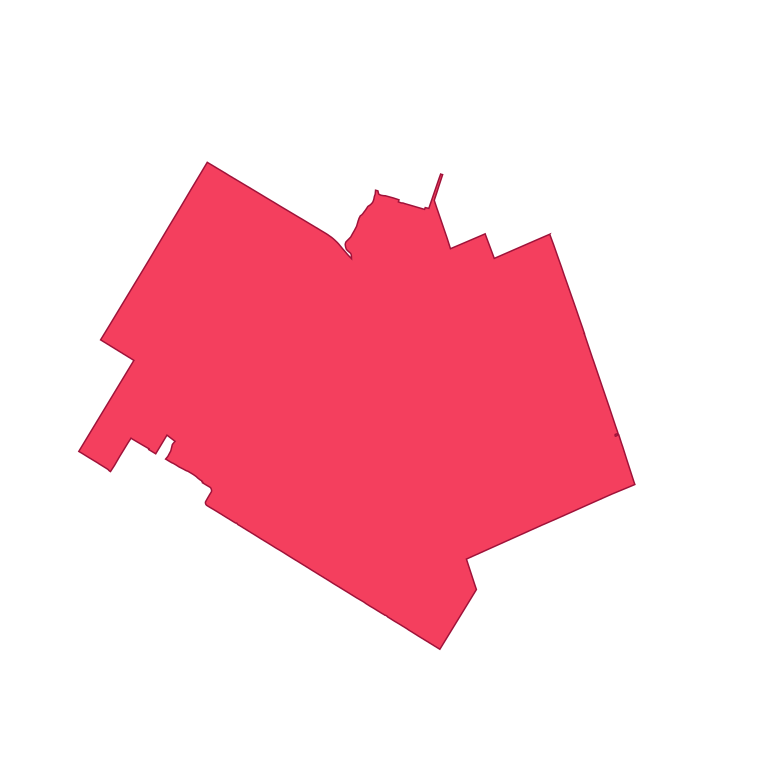 Scanteia, Ialomita, Romania (Natural Earth projection), rotated 120°
{"feature_id": "2599482B4025904881025", "entity_name": "Scanteia", "entity_type": "district", "adm_level": 2, "iso_a3": "ROU", "parent_name": "Romania", "parent_adm1": "Ialomita", "projection": "natural_earth1", "projection_center": [27.447, 44.74], "detail": "fine", "context": "isolated", "style": "filled", "palette": "rose", "viewbox_px": 768, "rotation_deg": 120, "n_neighbors": 0, "source": "geoboundaries", "source_scale": "gbopen_adm2", "svg_char_len": 4587}
<svg xmlns="http://www.w3.org/2000/svg" viewBox="0 0 768 768"><g transform="rotate(120 384 384)"><path d="M487.5,651.5L487.5,651.3L487.5,650.6L487.6,647.2L488.6,612.4L559.8,613.9L593.8,614.6L595.0,614.6L595.0,614.2L595.0,613.4L595.0,612.7L595.0,611.4L595.1,608.4L595.3,602.2L595.3,601.5L595.5,592.2L595.6,591.3L595.9,581.7L596.0,580.2L596.5,578.7L596.6,577.6L596.6,577.1L589.2,576.7L579.1,576.7L572.0,576.5L563.5,576.3L557.4,576.0L557.5,575.2L557.6,562.3L557.6,557.0L557.6,555.0L558.4,555.0L558.6,546.8L536.8,546.4L538.1,536.3L541.1,536.9L542.4,537.0L548.5,535.2L554.8,535.0L558.2,535.6L558.3,530.5L558.3,528.1L558.1,527.1L558.1,523.9L558.3,519.9L558.2,518.3L558.0,514.7L558.0,512.7L557.9,511.6L557.6,510.3L557.7,504.4L557.9,501.8L558.1,500.1L558.5,498.6L558.6,498.0L559.0,495.3L559.0,493.3L559.2,493.0L559.6,492.9L559.7,491.7L560.3,491.7L560.3,490.5L560.4,485.9L560.4,483.1L560.6,482.2L561.1,481.4L561.6,480.8L562.2,480.3L562.7,479.9L563.6,479.6L564.4,479.6L566.9,479.7L569.6,479.7L571.5,479.7L573.9,479.7L575.5,479.6L576.3,479.2L576.9,478.6L577.3,478.1L577.5,477.7L577.7,477.1L577.8,475.9L577.9,471.9L577.9,468.9L578.0,464.2L578.1,461.6L578.1,459.1L578.2,458.4L578.6,443.9L578.6,442.9L578.3,442.3L578.1,442.0L578.2,441.7L578.5,441.2L578.7,440.7L578.8,440.0L578.8,439.0L579.1,428.1L579.4,417.6L579.6,412.9L579.7,407.2L579.9,400.4L580.1,395.5L580.1,390.6L580.5,379.8L580.7,373.7L580.9,365.3L581.3,353.7L581.6,344.0L581.9,332.7L582.1,328.8L582.4,316.8L582.8,303.4L582.9,300.4L582.9,294.8L582.9,292.8L583.0,291.6L583.2,289.9L583.3,287.0L583.4,285.3L583.4,281.2L583.5,278.0L583.6,275.8L583.6,274.5L583.7,271.8L583.7,270.2L583.7,268.6L583.8,267.7L583.5,267.0L583.5,266.5L583.5,266.2L583.6,265.4L583.6,265.0L583.9,264.3L583.9,263.8L584.1,258.5L584.2,255.7L584.2,253.3L584.5,241.8L584.7,239.6L585.0,230.5L585.1,228.7L585.8,203.0L515.8,201.2L512.1,205.4L503.3,215.2L494.4,225.1L427.3,176.7L424.5,174.6L412.8,166.0L399.6,156.4L396.8,154.4L386.3,146.8L365.9,132.0L350.4,120.1L345.6,116.5L343.8,118.6L327.8,136.3L319.1,145.8L316.4,148.9L310.5,155.4L310.4,155.6L310.5,155.7L312.1,156.5L313.1,157.0L313.5,157.5L312.7,158.4L312.0,158.5L311.5,158.0L310.9,157.5L310.3,157.0L309.8,156.6L308.5,158.0L304.7,162.4L292.9,175.7L292.7,175.9L275.4,195.7L275.3,195.8L258.4,215.1L258.3,215.3L240.8,235.1L240.5,235.5L240.4,235.7L240.2,235.5L237.5,238.6L236.9,239.2L230.0,247.2L223.1,255.1L221.8,256.6L213.8,265.9L205.7,275.3L199.2,282.9L193.9,288.9L188.7,295.0L186.3,297.8L178.8,306.5L171.5,315.3L171.4,315.3L174.2,317.4L189.2,328.5L220.1,351.3L203.5,371.4L203.4,371.5L206.8,374.0L224.7,387.4L233.6,394.1L226.2,402.2L220.1,409.2L209.0,421.9L207.5,423.6L205.0,426.5L200.2,431.9L199.8,432.3L198.5,432.6L193.1,433.7L184.8,435.5L178.1,436.9L173.4,437.9L173.5,438.3L173.5,438.5L173.6,438.8L173.9,439.6L173.9,439.9L177.3,439.3L191.7,436.5L209.5,433.0L210.6,436.5L212.5,436.2L214.9,446.0L215.2,447.3L217.3,455.8L217.4,456.0L217.6,457.5L218.1,458.8L218.4,459.2L218.6,459.9L219.1,462.6L218.6,462.7L217.0,463.1L218.2,468.9L218.8,471.2L220.3,476.9L221.1,478.5L221.6,479.8L222.1,481.3L222.2,483.2L222.1,483.6L222.0,483.8L221.4,484.3L220.9,484.8L219.8,485.8L219.9,486.3L220.0,486.8L220.4,488.2L224.3,486.4L224.9,486.4L226.4,486.1L226.7,486.0L227.9,485.6L228.7,485.3L229.9,485.0L230.5,484.9L230.8,484.8L231.2,484.8L231.5,484.7L231.8,484.7L232.0,484.7L232.3,484.7L232.7,484.7L233.2,484.8L233.6,484.9L234.0,485.0L234.5,485.1L235.0,485.2L235.4,485.4L235.9,485.5L236.4,485.8L237.0,486.1L237.6,486.4L238.2,486.7L238.8,486.8L239.4,486.8L240.1,486.8L240.8,486.9L241.8,486.9L242.8,487.0L245.0,487.3L247.2,487.5L247.5,487.6L248.5,487.8L249.0,488.0L250.2,488.6L251.8,488.5L252.6,488.5L253.2,488.4L254.1,488.3L254.7,488.0L255.5,488.0L257.0,487.6L261.1,486.6L265.7,486.4L269.5,486.4L273.3,486.3L275.7,486.9L278.0,487.5L279.9,488.0L280.8,487.9L281.9,487.6L282.3,487.5L283.3,486.8L284.5,485.8L286.0,484.2L286.5,483.1L286.9,481.5L287.2,479.9L287.5,478.3L288.2,477.2L289.8,476.0L291.7,474.8L291.0,477.2L290.6,478.6L290.0,480.5L288.9,483.6L288.1,485.9L287.7,487.1L287.1,488.7L286.5,490.3L286.2,491.2L285.5,493.0L285.2,493.9L284.6,496.0L284.5,496.5L284.0,498.5L283.6,500.4L283.4,501.6L283.2,502.8L283.1,504.1L283.0,505.4L282.8,507.2L282.7,509.1L282.6,515.1L282.4,526.5L282.4,527.2L282.2,537.8L282.2,541.6L282.1,547.6L281.9,562.8L281.7,571.3L281.7,572.8L281.6,579.4L281.5,583.8L281.3,595.0L280.9,622.7L280.8,624.9L280.4,647.9L287.4,648.0L294.7,648.1L311.6,648.4L331.5,648.6L354.7,649.0L383.4,649.4L384.3,649.4L387.1,649.4L413.9,649.9L422.4,650.1L472.1,651.1L487.3,651.5L487.5,651.5Z" fill="#f43f5e" stroke="#9f1239" stroke-width="1.5"/></g></svg>